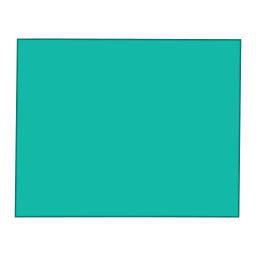 Logan, Kansas, United States of America
{"feature_id": "52423323B59948780820812", "entity_name": "Logan", "entity_type": "district", "adm_level": 2, "iso_a3": "USA", "parent_name": "United States of America", "parent_adm1": "Kansas", "projection": "robinson", "projection_center": [-101.227, 38.917], "detail": "fine", "context": "isolated", "style": "filled", "palette": "teal", "viewbox_px": 256, "rotation_deg": 0, "n_neighbors": 0, "source": "geoboundaries", "source_scale": "gbopen_adm2", "svg_char_len": 208}
<svg xmlns="http://www.w3.org/2000/svg" viewBox="0 0 256 256"><path d="M17.6,39.3L15.4,216.7L134.8,216.5L238.6,216.8L240.6,39.9L46.5,39.2L17.6,39.3Z" fill="#14b8a6" stroke="#0f766e" stroke-width="1.5"/></svg>